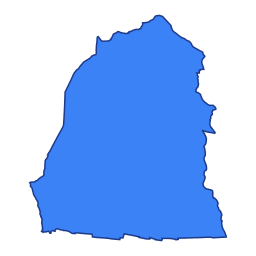 Ungureni, Bacau, Romania (Robinson projection)
{"feature_id": "2599482B79247862068373", "entity_name": "Ungureni", "entity_type": "district", "adm_level": 2, "iso_a3": "ROU", "parent_name": "Romania", "parent_adm1": "Bacau", "projection": "robinson", "projection_center": [27.1, 46.557], "detail": "fine", "context": "isolated", "style": "filled", "palette": "blue", "viewbox_px": 256, "rotation_deg": 0, "n_neighbors": 0, "source": "geoboundaries", "source_scale": "gbopen_adm2", "svg_char_len": 5754}
<svg xmlns="http://www.w3.org/2000/svg" viewBox="0 0 256 256"><path d="M204.8,56.2L203.2,54.3L202.6,52.1L201.6,51.5L200.3,51.0L193.7,47.2L193.2,46.9L192.1,45.5L191.1,43.4L189.3,41.3L187.2,40.6L185.7,39.6L185.3,39.2L184.5,38.7L182.7,37.9L181.8,37.8L181.3,37.3L179.1,35.9L176.3,33.5L174.4,32.2L172.9,30.8L172.3,29.9L171.8,28.4L171.3,27.4L171.0,25.7L170.4,24.9L162.6,16.5L159.4,15.4L157.1,15.7L156.0,15.9L155.4,16.2L154.9,16.8L153.3,19.3L151.3,20.2L149.8,21.0L148.9,22.0L145.0,22.7L143.1,22.7L142.6,22.8L142.5,23.0L142.7,24.0L142.6,24.7L142.0,26.0L140.9,27.5L140.8,27.9L140.8,28.6L139.5,28.8L139.1,29.1L138.8,29.5L137.4,29.4L135.9,29.4L133.1,30.3L132.1,30.7L131.0,31.5L129.8,31.5L129.2,31.7L128.9,31.9L129.0,32.8L128.9,32.9L128.8,33.0L127.9,32.9L127.8,33.4L127.6,33.4L125.6,33.5L124.1,33.2L123.1,33.2L121.5,32.7L120.9,32.8L120.0,32.2L119.0,31.8L118.4,31.6L117.8,31.6L116.5,32.7L113.7,33.9L113.5,34.1L111.8,37.7L111.4,38.3L111.0,38.6L111.0,39.7L110.9,39.8L110.1,39.9L109.4,40.5L109.1,40.7L108.0,41.0L103.2,41.2L101.9,41.0L101.6,41.1L101.0,40.3L100.4,39.4L99.8,38.7L98.2,36.6L97.3,37.1L97.1,39.3L97.0,41.3L96.6,44.4L96.5,44.9L96.2,49.9L96.2,50.9L96.3,51.4L96.2,53.9L95.9,54.5L95.5,54.7L93.9,55.1L92.2,55.8L89.7,58.4L83.8,62.0L82.6,63.3L81.7,64.5L81.2,64.9L80.7,65.5L79.3,67.4L78.5,68.8L77.0,69.7L76.0,70.7L75.1,72.0L74.7,72.3L73.8,73.7L71.2,79.5L68.6,84.9L65.0,92.3L65.1,93.1L64.5,108.5L64.0,118.4L63.5,125.6L62.2,128.3L57.2,137.3L52.1,146.9L51.1,149.0L50.5,149.9L49.6,151.7L49.2,152.1L48.6,153.0L47.7,154.7L48.0,154.7L48.0,155.9L47.5,157.1L46.5,158.9L45.7,159.6L45.3,160.4L44.9,165.2L45.0,167.0L44.8,167.9L44.8,168.7L43.9,171.1L43.9,175.5L42.2,176.5L39.7,178.1L38.9,178.8L38.1,179.7L37.2,180.4L36.6,180.7L35.5,181.1L34.5,182.0L32.7,182.1L31.7,182.0L30.2,182.4L29.7,182.8L30.5,183.8L30.5,186.3L30.9,186.8L31.3,187.1L31.9,188.0L32.3,188.9L32.7,190.9L33.3,192.6L33.3,193.2L33.5,194.2L34.6,196.5L35.5,197.6L36.0,198.6L36.1,199.2L37.0,200.4L37.8,202.0L38.0,202.9L38.0,204.0L38.0,204.7L37.8,205.0L38.0,205.8L38.1,206.5L38.3,207.0L38.7,207.5L39.1,208.3L39.5,209.4L39.6,210.3L39.8,210.8L40.2,211.4L40.2,211.8L40.1,212.5L40.0,214.3L40.3,215.0L40.9,215.6L40.7,216.7L41.2,216.9L41.5,217.5L41.6,218.6L41.7,218.8L42.2,219.1L42.2,219.6L41.8,221.2L42.0,221.7L41.9,222.2L42.0,222.6L41.7,223.2L42.2,225.1L42.4,227.3L42.6,228.2L42.6,228.6L42.4,228.9L42.8,229.1L42.5,230.1L42.3,230.5L41.9,230.8L41.5,231.3L41.8,231.6L42.8,231.8L43.1,232.3L43.3,232.1L44.4,231.9L46.4,231.9L47.4,231.4L48.5,231.3L48.9,231.5L49.5,232.4L49.9,233.3L50.6,233.3L50.8,233.2L51.0,232.8L51.0,231.6L51.5,231.0L52.4,230.7L53.1,230.6L54.0,231.1L55.0,231.3L55.1,231.2L55.0,230.9L55.1,230.1L55.4,229.8L55.3,229.6L55.5,229.4L55.9,229.4L56.4,228.9L57.6,228.9L58.1,229.0L58.4,229.0L60.3,229.8L62.7,230.1L63.8,230.6L65.4,230.5L68.7,231.3L71.8,233.2L72.8,233.5L75.0,233.5L74.8,233.1L76.3,232.9L78.5,233.0L80.9,233.3L92.1,234.2L92.4,236.2L92.4,236.9L96.2,237.4L107.6,238.2L111.8,238.9L119.8,239.6L120.1,238.2L120.1,237.7L122.8,238.0L124.3,233.9L131.4,235.2L139.3,236.8L139.0,237.4L146.2,238.9L149.7,239.0L149.6,237.6L156.2,239.6L156.0,239.8L161.6,240.6L162.2,239.6L162.0,238.4L168.9,238.4L172.1,238.7L174.8,239.1L174.8,239.3L176.0,239.8L176.7,239.6L177.4,239.6L177.7,239.4L178.2,239.4L177.9,238.2L179.8,238.2L181.2,238.0L181.7,237.9L182.9,238.1L187.0,238.0L188.7,237.8L190.9,237.9L192.8,237.8L194.3,237.6L195.8,237.7L204.4,237.4L205.3,237.3L210.1,237.2L211.6,237.4L213.1,237.8L226.3,237.0L225.9,235.1L225.4,234.5L225.2,233.5L224.8,232.4L224.1,231.0L223.2,229.6L222.3,227.1L222.0,225.8L221.6,222.9L221.6,222.3L222.2,221.1L220.9,219.8L221.1,219.0L221.2,216.4L221.8,215.6L221.6,213.8L221.3,213.1L220.7,212.4L220.6,211.3L220.1,210.9L219.7,210.4L219.4,210.3L218.7,209.3L218.5,208.0L217.9,207.1L217.5,205.8L217.6,204.5L218.0,203.9L218.1,203.5L218.0,203.0L217.6,202.4L217.4,201.4L216.7,200.5L216.2,199.6L215.7,199.4L215.3,199.1L214.6,198.0L214.1,198.0L213.6,198.2L213.2,197.8L212.9,197.3L213.0,196.1L212.7,195.6L212.7,194.8L212.8,193.8L212.6,193.5L212.9,193.1L212.8,192.6L212.5,190.7L211.6,190.2L210.2,189.7L209.2,189.6L208.6,189.3L207.2,189.1L205.9,188.6L204.4,187.4L203.8,186.5L203.4,185.7L202.9,183.9L204.8,179.0L205.1,177.5L205.1,176.9L204.1,175.0L204.0,173.5L204.6,171.1L205.5,170.4L206.2,170.1L206.4,169.8L206.6,168.4L206.5,167.8L206.4,166.3L206.0,165.3L206.1,164.6L205.3,163.3L205.1,162.4L204.2,160.1L203.9,157.9L205.1,155.7L205.3,155.0L205.3,152.8L205.0,150.4L204.5,147.9L203.8,146.9L203.8,146.6L203.9,146.3L204.1,146.3L205.0,144.8L205.4,144.5L205.7,143.6L206.0,142.8L206.3,140.6L206.4,138.6L206.2,137.9L205.4,135.8L204.8,134.7L204.6,134.0L203.9,133.1L203.8,132.6L202.6,130.8L202.6,130.5L207.4,132.0L213.2,132.9L214.4,133.3L214.9,133.1L215.0,132.7L214.9,132.1L214.2,131.6L213.0,129.7L212.5,129.3L211.5,127.7L210.9,127.2L210.0,125.3L209.9,125.0L209.9,123.8L209.8,122.9L210.3,120.4L209.9,119.9L210.1,119.4L210.6,118.9L210.8,118.4L210.6,117.2L210.8,116.3L210.9,116.0L212.2,114.6L212.4,114.2L212.3,113.6L211.9,111.9L212.6,111.1L212.6,110.9L212.7,110.2L215.6,109.4L215.9,109.2L215.7,108.2L215.0,107.0L213.3,105.5L212.8,105.3L210.2,105.4L208.7,105.0L207.4,104.2L206.0,103.0L204.5,102.0L203.3,100.6L202.9,100.3L201.7,98.0L201.6,97.5L200.9,96.0L200.7,95.1L200.0,93.9L197.9,92.6L197.1,92.3L196.1,92.1L195.7,91.6L196.0,90.8L196.0,89.5L196.4,89.1L196.8,88.0L197.7,87.2L197.7,86.8L198.1,86.3L198.2,85.1L198.5,84.6L198.5,84.3L198.5,83.7L198.0,81.7L198.0,81.2L198.1,80.4L198.0,79.5L197.6,79.0L197.5,78.8L197.6,78.3L198.2,77.0L197.6,75.7L197.1,73.5L196.8,72.9L199.3,73.0L199.3,71.5L199.5,70.7L199.4,70.1L200.3,70.2L200.5,69.8L201.9,69.4L203.0,69.2L203.3,69.4L203.8,69.4L203.6,68.7L203.1,66.7L202.3,64.6L201.7,62.8L201.9,61.0L202.1,60.2L202.8,58.8L204.8,56.5L204.8,56.2Z" fill="#3b82f6" stroke="#1e3a8a" stroke-width="1.5"/></svg>